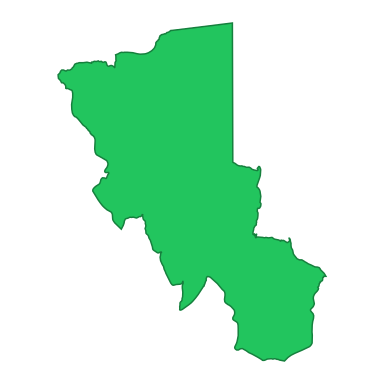 outline of Turkana Central, Rift Valley, Kenya
{"feature_id": "3690345B27917723778047", "entity_name": "Turkana Central", "entity_type": "district", "adm_level": 2, "iso_a3": "KEN", "parent_name": "Kenya", "parent_adm1": "Rift Valley", "projection": "mercator", "projection_center": [35.914, 3.132], "detail": "fine", "context": "isolated", "style": "filled", "palette": "green", "viewbox_px": 384, "rotation_deg": 0, "n_neighbors": 0, "source": "geoboundaries", "source_scale": "gbopen_adm2", "svg_char_len": 5932}
<svg xmlns="http://www.w3.org/2000/svg" viewBox="0 0 384 384"><path d="M232.8,162.1L232.4,23.0L171.5,30.5L171.0,30.4L168.4,32.3L167.0,32.5L165.6,33.8L164.6,33.8L163.4,34.3L161.7,34.6L160.0,35.8L159.8,36.6L159.4,37.3L159.0,39.4L158.3,39.7L158.1,40.3L157.6,40.9L156.8,41.4L155.9,42.7L155.7,45.0L154.7,47.4L153.9,48.6L151.8,50.7L148.6,52.7L146.1,53.6L144.8,53.9L140.2,54.2L137.4,53.8L132.8,52.7L127.7,52.3L124.2,52.3L123.4,52.5L121.4,52.3L119.7,52.9L118.0,53.9L115.6,54.8L115.9,56.5L115.9,59.8L116.1,60.7L115.1,62.4L114.8,67.3L114.5,67.5L113.3,66.3L111.7,65.5L110.3,65.6L108.9,66.3L107.9,66.1L107.1,65.3L106.3,62.8L105.8,62.0L104.9,61.8L103.4,62.3L102.5,62.3L101.7,61.5L101.2,61.3L99.8,61.6L99.0,61.5L98.3,60.9L96.4,61.5L94.2,61.3L93.0,62.0L91.9,62.0L91.4,62.4L91.5,63.2L87.0,62.2L83.1,62.7L79.1,62.7L77.9,63.2L76.8,63.3L75.0,64.1L74.7,64.4L73.5,66.8L72.2,68.0L71.8,68.9L69.8,70.1L69.0,70.2L67.8,70.0L67.4,70.1L66.4,70.9L65.7,71.0L63.4,70.0L61.8,70.0L60.5,71.3L60.1,72.6L59.3,73.6L58.1,74.7L58.2,76.5L58.5,78.6L59.7,79.6L60.9,81.3L61.5,82.7L63.3,82.9L65.0,84.5L65.7,86.0L65.8,88.3L66.4,88.6L67.6,88.5L68.3,88.7L70.2,89.7L71.7,90.2L72.1,90.6L72.7,93.2L72.7,97.4L71.6,104.5L71.8,109.3L72.4,113.0L73.6,115.4L74.7,116.5L75.0,116.7L76.0,117.0L77.6,118.4L80.2,121.5L82.9,124.9L86.2,127.4L86.5,128.2L87.5,129.0L88.3,130.4L89.8,131.6L90.2,133.1L90.9,133.7L91.2,134.5L92.0,134.9L92.4,135.4L93.2,135.8L94.4,137.4L95.1,139.6L95.1,141.5L94.7,148.9L95.2,152.2L96.1,154.2L96.9,155.0L99.5,156.4L106.6,160.5L107.2,161.4L107.9,163.2L108.0,164.2L107.5,166.2L106.9,167.5L105.3,169.6L104.7,171.1L104.8,171.7L105.2,172.3L105.6,172.5L108.5,172.5L108.8,173.0L108.6,173.7L107.8,174.8L106.4,178.2L106.2,178.4L105.8,178.5L104.8,178.0L102.5,177.8L101.6,178.5L100.9,179.6L100.3,182.1L99.7,183.5L99.2,184.1L95.8,186.3L94.3,187.6L93.2,189.0L92.9,189.7L92.8,190.3L92.8,191.1L98.3,200.1L100.6,203.3L102.5,205.7L104.5,207.7L107.0,209.8L110.9,211.9L111.5,212.5L112.1,213.6L112.4,214.7L112.7,219.1L113.1,220.4L114.7,222.8L121.3,229.2L123.3,225.3L124.1,222.9L124.3,221.4L125.1,219.4L125.6,218.8L128.1,218.1L129.4,217.4L130.0,217.2L131.5,217.4L133.2,217.1L136.4,218.0L136.8,217.9L137.9,217.4L139.1,216.6L140.6,216.6L141.6,215.9L142.2,214.6L142.7,214.7L142.6,215.7L143.2,219.0L143.9,220.0L144.8,220.7L145.4,221.9L145.3,223.7L145.8,225.1L145.8,226.4L145.1,228.6L145.8,230.6L146.0,233.2L146.5,233.9L147.5,234.7L148.3,235.7L149.1,238.3L150.3,240.2L152.4,246.8L152.7,248.8L153.0,249.6L153.9,250.4L157.5,252.8L158.6,252.9L160.2,252.1L161.4,252.1L161.5,252.3L160.9,253.1L160.6,253.7L160.6,254.9L160.1,257.2L160.6,260.7L162.3,264.5L163.5,266.4L164.2,269.3L165.4,271.8L165.9,273.3L170.8,283.1L171.9,284.5L172.5,285.0L173.2,285.2L173.7,285.2L176.2,284.5L180.1,284.2L181.0,283.9L182.0,283.2L182.5,282.5L182.7,281.5L183.0,281.5L183.2,283.2L182.5,284.8L182.3,286.2L182.3,288.1L182.8,292.2L182.6,296.8L182.1,298.5L182.0,300.2L181.5,301.1L180.6,301.9L180.1,302.7L180.0,303.2L180.0,305.0L179.7,306.7L179.8,308.1L179.7,309.7L179.8,309.9L180.6,310.1L181.5,309.8L182.5,309.3L188.6,304.9L191.0,303.0L192.7,301.3L195.6,297.9L198.1,294.6L203.6,286.2L204.2,285.9L204.2,284.7L204.7,284.2L205.6,281.4L206.2,280.5L206.3,279.9L206.1,278.8L206.9,276.9L207.6,276.5L209.4,276.8L210.5,277.4L217.4,283.6L222.2,289.4L224.2,291.2L224.7,292.3L225.0,293.6L225.0,295.6L224.5,299.3L224.8,301.7L225.6,302.8L226.2,303.3L228.3,304.8L229.1,305.1L231.0,306.5L233.4,309.1L234.2,310.1L234.4,310.7L234.7,312.1L234.6,314.1L234.0,315.5L232.9,317.5L232.8,318.7L232.9,319.3L233.5,320.0L236.7,322.0L237.7,323.2L238.1,325.3L238.2,328.3L238.2,335.8L237.1,341.5L236.4,343.6L234.9,346.7L234.7,347.6L234.8,348.1L235.4,349.1L236.7,350.0L238.4,350.0L240.4,348.8L242.4,348.6L246.2,350.7L248.8,352.6L252.1,354.1L257.8,357.2L261.9,359.7L262.4,360.3L263.9,360.4L264.8,360.2L267.2,359.1L267.8,359.0L271.3,358.7L272.9,359.1L274.3,358.7L275.4,358.8L277.1,359.4L277.9,359.3L279.7,360.1L284.5,361.0L288.0,357.4L291.1,355.2L294.8,353.3L302.0,350.2L308.7,347.0L309.7,346.5L311.3,344.7L312.1,343.0L312.3,335.4L312.0,332.0L312.2,325.1L312.7,321.5L313.5,318.3L313.7,315.7L313.1,313.8L310.9,311.2L310.5,310.4L310.5,309.7L311.1,308.8L312.8,307.1L313.4,306.2L314.1,304.6L314.3,303.6L313.3,298.6L313.4,296.7L314.2,294.7L315.1,293.3L317.1,291.2L318.2,289.6L318.5,288.4L317.8,287.2L318.8,286.2L319.2,284.4L319.2,283.8L320.1,282.7L320.0,282.1L320.2,281.9L320.7,281.9L321.2,281.2L322.4,280.6L322.7,279.1L322.7,277.7L323.5,277.3L323.6,276.4L324.1,276.3L325.9,276.3L324.2,273.4L320.6,269.8L320.0,268.6L319.1,267.6L317.5,267.1L314.9,266.9L311.1,265.0L308.2,263.8L306.3,262.5L305.5,262.2L304.7,261.6L301.9,259.9L299.5,259.9L297.1,258.8L294.3,255.3L293.4,253.9L292.6,250.0L291.5,248.1L291.2,247.1L291.0,245.3L291.0,243.3L290.4,241.2L290.3,239.9L289.7,238.6L289.4,238.2L289.1,238.2L289.1,238.6L289.5,239.4L289.6,240.2L289.3,241.3L288.3,242.1L287.1,242.6L283.6,240.4L282.6,240.6L281.8,240.2L281.1,240.2L281.0,240.9L280.5,241.1L278.8,240.0L274.4,239.1L272.0,237.4L268.5,237.9L265.9,237.4L264.5,237.8L262.7,237.4L257.5,237.0L256.8,237.1L255.9,237.7L255.6,237.6L255.5,237.3L256.2,236.2L256.6,234.3L256.4,234.2L255.6,234.7L254.6,235.7L254.3,235.4L254.5,234.1L254.3,233.9L253.4,234.3L253.1,234.3L252.9,234.1L253.1,231.6L253.6,229.8L253.8,228.1L255.0,226.0L256.3,224.9L256.3,223.2L256.6,222.3L256.4,220.8L257.3,219.2L257.6,218.4L257.9,215.9L258.0,213.3L257.8,212.3L257.2,211.5L257.4,209.0L257.8,208.3L259.0,208.3L259.7,207.9L260.6,206.4L260.9,204.9L260.9,203.5L260.0,202.3L260.8,196.4L260.0,191.2L259.6,190.1L258.8,188.8L258.1,187.9L257.2,187.3L256.9,186.4L257.0,185.3L259.6,177.9L260.3,175.5L260.7,169.8L260.5,168.8L259.7,166.9L259.1,166.5L258.8,166.5L257.4,168.3L257.3,168.7L257.9,169.3L258.0,169.6L257.9,170.1L257.6,170.4L257.1,170.6L254.1,170.0L251.7,169.1L250.8,168.1L249.2,167.2L246.4,167.3L244.1,166.4L242.8,166.4L242.0,165.9L240.0,166.0L238.4,165.6L237.4,165.2L235.2,163.5L232.9,162.3L232.8,162.1Z" fill="#22c55e" stroke="#15803d" stroke-width="1.5"/></svg>